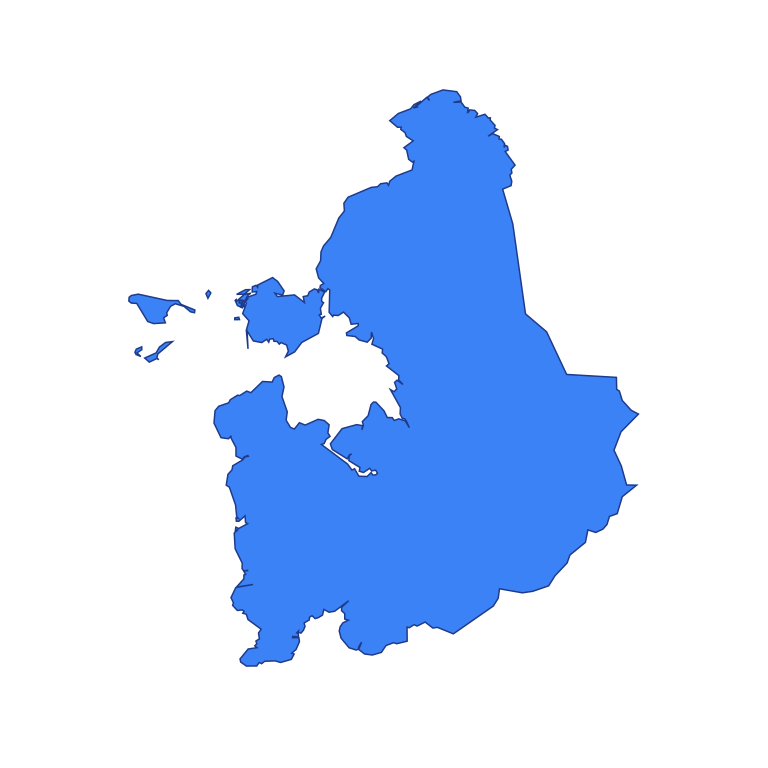 outline of Madolenihmw, Pohnpei, Federated States of Micronesia, rotated 189°
{"feature_id": "79324940B7707198476683", "entity_name": "Madolenihmw", "entity_type": "district", "adm_level": 2, "iso_a3": "FSM", "parent_name": "Federated States of Micronesia", "parent_adm1": "Pohnpei", "projection": "mercator", "projection_center": [158.314, 6.859], "detail": "fine", "context": "isolated", "style": "filled", "palette": "blue", "viewbox_px": 768, "rotation_deg": 189, "n_neighbors": 0, "source": "geoboundaries", "source_scale": "gbopen_adm2", "svg_char_len": 6161}
<svg xmlns="http://www.w3.org/2000/svg" viewBox="0 0 768 768"><g transform="rotate(189 384 384)"><path d="M288.8,620.7L300.7,632.6L298.0,634.5L299.2,638.0L301.6,638.8L302.4,636.4L302.6,640.4L306.3,644.1L308.7,644.0L308.8,646.5L315.8,648.3L320.0,645.0L311.7,653.0L314.9,654.0L314.8,656.8L320.4,661.3L320.6,663.5L322.6,663.1L326.5,666.2L335.1,661.9L333.8,665.7L337.2,668.4L342.4,668.1L342.9,666.1L343.9,665.3L344.0,669.6L347.5,670.1L351.9,674.5L359.5,673.1L352.2,675.7L353.4,679.6L357.9,684.1L371.7,683.7L383.0,677.4L385.9,674.1L383.4,671.2L386.7,673.7L395.1,663.8L394.3,662.8L398.2,661.2L391.6,669.3L398.1,664.6L400.8,659.9L412.2,653.4L419.5,645.0L410.8,639.7L407.1,640.4L407.3,638.1L402.6,635.6L400.6,632.0L393.2,628.7L401.3,620.5L398.2,618.6L394.8,609.8L390.7,607.6L389.3,608.7L389.8,599.8L404.7,591.2L410.1,585.1L410.6,581.0L412.6,583.1L418.6,581.3L421.3,577.8L427.4,576.2L448.7,562.9L451.9,556.3L450.2,548.7L454.6,540.9L459.5,520.5L465.3,510.9L466.9,504.7L465.9,495.9L469.0,487.1L465.2,478.6L459.2,473.8L462.2,471.4L462.3,469.1L455.9,466.1L454.3,469.4L452.3,468.4L449.4,446.2L445.2,442.6L444.6,444.1L439.9,444.5L435.2,448.7L428.6,443.9L425.8,437.9L418.9,439.7L418.5,437.5L429.1,428.6L428.3,426.1L419.9,426.4L415.5,423.6L407.1,422.7L403.8,427.4L404.5,433.3L401.4,427.2L402.2,421.4L390.8,418.2L390.7,414.4L386.0,411.4L382.2,404.8L384.4,402.2L370.6,394.6L370.2,390.3L365.1,386.5L371.7,389.8L373.8,387.3L370.6,381.1L372.9,378.0L376.8,379.5L364.1,363.3L363.4,356.9L360.6,353.0L357.9,352.8L355.6,350.1L352.1,344.8L357.3,350.9L363.9,351.9L368.2,349.6L370.6,352.1L375.5,351.4L379.8,357.5L389.2,364.8L391.6,364.5L393.6,361.7L394.7,350.2L399.5,343.5L397.9,339.8L398.7,335.2L398.6,339.5L404.6,339.6L418.4,333.4L427.6,316.5L424.8,311.2L408.6,304.3L407.0,308.7L404.9,309.8L407.1,308.1L406.7,302.8L394.7,297.8L394.8,294.0L390.4,293.4L384.9,298.5L382.6,296.2L378.8,297.6L376.5,294.9L377.8,293.1L380.7,292.2L382.9,294.5L386.2,290.0L394.4,289.0L399.8,295.7L402.2,294.0L407.4,299.2L436.4,314.5L433.8,315.8L432.6,320.2L429.1,323.8L431.8,327.0L431.8,335.1L437.3,338.6L443.6,338.8L455.4,331.1L461.5,332.5L465.5,325.5L469.6,326.5L475.0,332.9L475.2,341.4L482.8,355.6L482.3,365.4L486.5,375.2L489.1,376.4L493.4,373.2L494.8,368.4L504.4,367.5L514.1,354.6L518.5,355.5L524.7,350.0L526.8,350.1L533.3,344.5L534.5,341.1L543.7,336.2L546.7,331.2L545.8,318.8L536.6,305.5L529.0,305.6L526.7,309.1L527.1,307.3L520.3,298.2L518.9,289.7L512.1,287.5L510.5,290.3L507.2,292.1L506.7,291.3L510.0,290.3L511.5,287.1L520.6,279.6L520.7,275.4L524.0,270.4L524.0,259.4L520.6,257.9L511.7,241.3L508.8,230.2L506.8,228.4L509.2,228.5L508.4,225.4L505.9,225.7L500.6,232.0L499.1,225.5L496.9,224.7L504.9,218.6L507.9,219.4L507.9,215.9L505.2,217.5L508.6,213.3L505.2,197.9L496.0,184.9L495.3,179.4L493.2,177.4L489.9,178.6L489.0,178.5L493.3,177.3L490.9,174.3L492.5,173.5L491.9,169.7L497.9,160.4L482.0,165.5L498.5,159.8L501.7,149.1L498.5,144.3L498.9,141.7L493.5,137.4L488.4,138.7L486.7,137.6L487.6,135.5L484.0,135.1L481.5,130.1L467.0,122.6L469.0,118.4L467.2,112.8L470.3,110.1L469.0,107.5L470.7,105.2L468.2,103.7L476.7,101.0L483.2,89.9L482.0,86.9L475.8,83.9L465.6,85.6L463.7,89.4L461.1,88.6L458.5,91.5L448.2,93.5L442.5,92.8L432.5,97.5L430.5,103.2L433.0,103.6L429.3,108.1L427.2,116.3L428.4,120.2L434.6,119.1L434.7,120.4L428.9,120.9L429.7,124.3L431.3,124.5L429.9,126.6L429.9,125.2L427.0,125.0L425.1,128.1L424.1,132.1L425.5,135.5L420.9,139.3L421.1,142.0L418.8,143.9L415.3,141.5L412.3,143.0L408.6,146.1L408.1,152.0L402.7,150.0L397.2,151.8L385.0,164.4L391.1,156.7L390.4,153.4L386.9,151.1L386.0,145.7L382.3,145.2L387.3,141.6L389.3,137.4L389.6,133.1L386.7,126.3L377.2,118.0L370.0,116.9L368.0,117.8L367.8,120.7L365.7,125.6L367.5,117.9L361.0,114.3L353.1,114.5L344.6,118.5L341.1,126.0L334.1,130.0L330.7,129.5L320.9,133.6L323.2,147.5L321.0,147.2L316.6,151.0L313.5,150.1L306.1,155.3L297.6,150.6L293.3,152.0L276.4,148.1L241.3,181.8L237.7,190.2L237.9,199.8L214.6,199.4L204.7,202.5L189.8,210.4L185.1,221.4L175.2,235.8L173.6,244.2L160.3,259.1L159.8,271.8L151.6,270.5L145.1,274.9L141.8,280.1L140.6,288.5L133.4,292.4L131.0,310.0L118.7,323.6L128.6,322.2L136.8,340.2L146.5,354.6L142.4,373.9L128.0,394.1L135.7,396.7L146.1,405.0L150.4,413.8L153.3,415.1L155.5,426.9L205.1,422.0L231.6,461.0L255.2,475.4L281.8,562.2L297.3,595.0L289.5,599.8L289.5,604.2L292.4,609.9L290.7,612.5L291.9,616.0L288.8,620.7ZM486.3,407.3L483.6,401.5L485.5,395.4L477.3,401.7L471.7,412.2L456.7,423.7L455.5,439.0L452.8,441.9L456.3,439.3L458.8,442.1L456.8,443.1L458.7,448.9L456.4,454.8L458.5,455.8L459.0,459.0L457.0,465.4L463.1,467.5L462.9,463.7L464.7,466.6L467.7,467.0L472.2,463.2L473.1,459.3L477.5,457.7L475.3,452.0L486.3,458.0L503.0,453.7L506.0,456.6L498.0,456.0L497.2,460.3L505.0,468.6L510.7,471.7L524.2,462.0L524.0,459.8L525.8,461.5L529.2,459.4L528.6,454.2L524.2,455.4L524.5,452.7L532.3,448.4L531.8,446.7L534.0,443.5L532.5,442.2L534.6,431.4L527.2,425.3L528.4,415.6L523.8,397.4L527.5,415.0L519.8,406.1L511.2,405.8L506.9,409.8L504.4,407.3L503.9,410.4L500.5,411.4L499.4,409.0L496.2,409.3L493.7,407.0L492.2,408.8L486.3,407.3ZM627.2,408.8L621.1,407.6L609.5,410.2L612.0,414.9L608.8,417.9L609.8,420.3L607.0,427.3L602.7,430.6L593.7,429.4L586.4,425.0L582.3,424.8L582.4,427.5L596.9,430.9L600.3,434.2L611.1,432.6L640.8,434.3L647.4,431.9L649.3,429.8L649.0,426.0L646.3,424.4L640.8,424.9L627.2,408.8ZM619.2,368.9L612.3,373.7L610.2,372.7L612.4,374.2L612.1,378.3L599.6,392.8L606.3,390.8L611.6,385.3L613.9,379.1L624.4,372.2L619.2,368.9ZM544.1,443.3L541.1,438.6L537.6,437.6L537.2,441.3L539.8,441.5L540.1,443.6L539.5,444.4L536.4,444.6L534.7,443.8L532.2,450.4L529.7,452.9L536.1,450.5L542.7,442.5L543.2,444.3L544.1,443.3ZM633.5,374.3L628.5,373.1L632.8,376.1L628.6,380.0L629.1,382.8L634.1,379.7L635.0,376.4L633.5,374.3ZM543.6,449.5L535.9,450.9L531.5,456.2L535.5,455.5L543.6,449.5ZM571.9,449.0L574.0,445.4L571.3,441.1L569.3,446.9L571.9,449.0ZM541.5,424.2L536.8,425.0L537.9,427.2L541.7,426.0L541.5,424.2ZM539.9,443.5L539.6,441.6L537.1,441.5L537.0,443.9L539.9,443.5ZM536.2,443.7L536.7,441.4L534.8,441.1L534.2,443.1L536.2,443.7ZM535.1,439.6L536.7,439.9L537.3,437.4L535.7,437.1L535.1,439.6ZM533.5,440.2L534.9,440.4L534.3,439.1L533.5,440.2Z" fill="#3b82f6" stroke="#1e3a8a" stroke-width="1.5"/></g></svg>